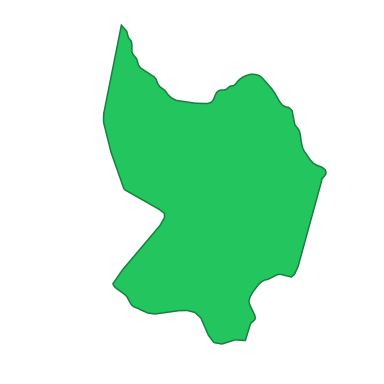 Misiones, Mercator projection, rotated 21°
{"feature_id": "PRY-609", "entity_name": "Misiones", "entity_type": "Department", "adm_level": 1, "iso_a3": "PRY", "parent_name": "Paraguay", "parent_adm1": "", "projection": "mercator", "projection_center": [-57.038, -26.955], "detail": "fine", "context": "isolated", "style": "filled", "palette": "green", "viewbox_px": 384, "rotation_deg": 21, "n_neighbors": 0, "source": "natural_earth", "source_scale": "10m", "svg_char_len": 1789}
<svg xmlns="http://www.w3.org/2000/svg" viewBox="0 0 384 384"><g transform="rotate(21 192 192)"><path d="M194.1,320.8L185.7,320.4L183.9,320.1L178.8,320.0L176.5,319.3L174.5,318.0L168.8,313.1L166.6,312.0L156.8,309.3L154.8,308.8L152.5,307.5L151.0,306.0L151.1,305.7L155.0,289.6L174.1,234.8L175.5,225.6L173.8,221.8L167.7,220.0L128.7,214.1L127.1,213.2L102.4,184.2L84.6,158.8L82.7,154.1L81.4,149.9L66.3,61.6L73.5,65.4L77.1,70.4L78.6,71.4L81.0,72.8L82.3,74.5L83.4,76.7L85.0,81.0L85.7,82.7L87.1,84.3L92.6,87.5L94.0,89.1L95.3,91.2L97.0,93.1L99.8,94.7L115.4,98.1L118.3,99.6L119.7,101.6L121.9,103.8L124.9,105.4L130.7,107.0L134.1,109.4L138.8,111.5L144.5,112.1L163.4,107.9L174.4,104.0L177.2,102.1L178.6,99.8L179.0,97.0L179.0,93.3L179.3,90.2L180.5,88.0L182.3,86.5L185.5,85.3L187.0,84.0L187.8,83.0L188.2,81.9L188.9,80.8L190.0,79.2L192.3,78.1L193.4,76.8L194.2,75.1L194.8,72.8L196.0,70.0L198.0,66.8L200.5,64.2L203.8,61.6L205.1,60.8L206.8,60.2L209.0,59.6L211.2,59.3L213.2,59.3L215.1,59.7L216.7,60.3L229.4,67.0L234.0,70.1L241.1,76.0L245.1,78.5L249.1,79.0L251.6,78.3L254.3,79.2L256.2,80.1L263.9,92.3L270.1,96.2L271.3,97.8L273.2,100.7L274.9,104.1L278.9,110.6L282.4,113.9L291.5,120.0L294.7,121.5L297.8,122.2L304.5,122.3L308.2,123.4L310.0,125.4L310.5,127.4L310.0,129.5L309.0,132.1L308.8,133.3L308.7,133.8L309.1,135.9L317.7,223.3L317.3,231.7L315.3,235.7L304.4,237.1L302.9,237.7L300.9,238.9L295.3,245.2L293.5,246.9L291.4,248.1L289.3,250.6L287.3,254.3L284.5,264.2L283.8,269.4L284.2,273.4L285.5,275.4L287.0,277.2L294.6,284.4L295.6,285.8L296.4,287.6L296.3,288.9L295.6,290.4L295.0,291.4L294.1,293.3L293.9,294.7L295.0,311.6L285.4,314.5L274.4,323.2L266.5,324.7L266.4,324.7L258.7,319.9L245.5,306.5L237.9,303.4L230.1,304.3L222.3,307.5L201.1,319.2L194.1,320.8Z" fill="#22c55e" stroke="#15803d" stroke-width="1.5"/></g></svg>